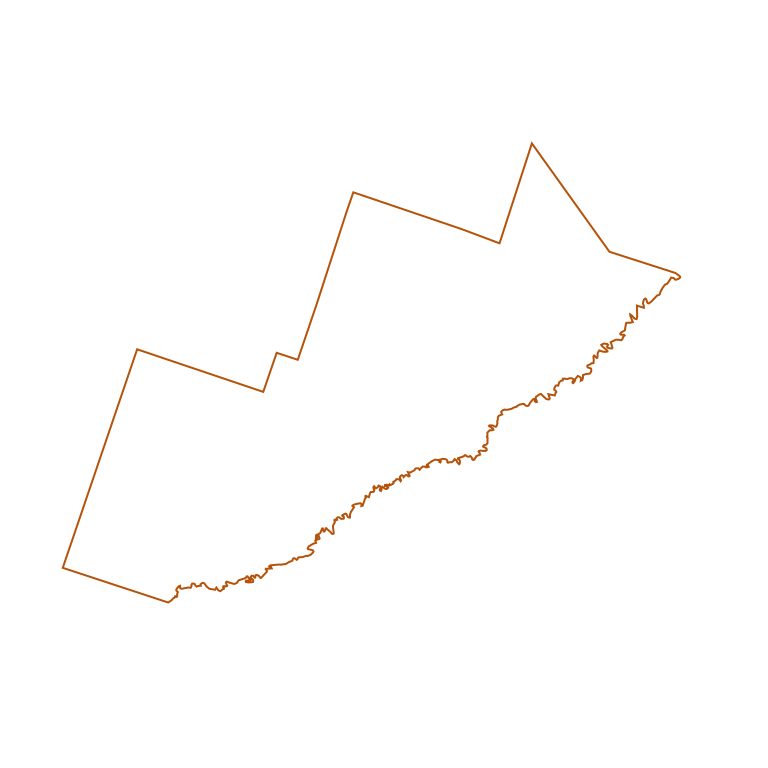 outline of General Güemes, Chaco, Argentina, rotated 108°
{"feature_id": "61730980B25522786884862", "entity_name": "General Güemes", "entity_type": "district", "adm_level": 2, "iso_a3": "ARG", "parent_name": "Argentina", "parent_adm1": "Chaco", "projection": "robinson", "projection_center": [-61.125, -25.104], "detail": "fine", "context": "isolated", "style": "outline", "palette": "amber", "viewbox_px": 768, "rotation_deg": 108, "n_neighbors": 0, "source": "geoboundaries", "source_scale": "gbopen_adm2", "svg_char_len": 6166}
<svg xmlns="http://www.w3.org/2000/svg" viewBox="0 0 768 768"><g transform="rotate(108 384 384)"><path d="M658.1,632.7L658.5,521.7L655.4,519.3L652.9,518.2L651.8,517.1L650.5,517.2L650.3,516.7L650.7,515.7L650.3,515.2L649.5,515.1L647.6,515.9L645.6,515.7L644.5,517.8L643.1,518.0L639.7,516.6L639.0,515.6L640.7,515.1L641.3,514.4L641.3,513.2L638.0,507.2L637.6,505.0L636.9,504.6L635.7,504.6L634.8,505.1L633.2,504.8L632.8,504.0L632.6,502.4L634.0,501.0L634.6,499.6L633.7,498.7L632.5,495.9L631.2,496.6L629.3,495.3L629.1,494.6L629.1,493.3L631.6,489.8L632.7,486.7L631.9,481.1L629.4,480.5L631.5,477.7L631.6,475.6L629.3,474.2L628.3,473.0L627.3,473.4L626.9,474.3L626.0,474.3L625.6,473.6L625.7,472.5L624.7,470.9L624.1,470.8L623.6,471.7L621.8,472.9L621.4,473.0L620.5,472.4L620.7,469.7L620.5,465.1L620.2,464.2L618.7,462.5L615.6,461.6L612.0,456.5L610.7,455.4L609.5,455.2L609.1,454.4L610.9,452.2L611.5,450.4L611.9,450.2L612.9,451.6L613.5,454.4L614.5,454.5L615.0,454.1L614.5,451.3L613.2,448.0L612.6,447.3L611.8,447.4L610.6,448.2L609.4,451.0L608.8,451.3L607.2,450.6L606.8,449.2L608.1,447.3L607.9,446.7L605.5,447.0L605.0,446.4L605.0,443.9L606.6,441.6L606.5,441.1L599.0,437.5L597.8,437.6L596.9,439.2L596.3,439.3L594.1,433.8L593.1,434.7L593.2,436.5L592.9,436.9L591.6,436.1L588.2,428.2L587.7,426.3L585.5,421.7L582.5,419.2L580.5,416.6L578.2,416.5L577.5,415.9L577.4,415.1L578.2,412.7L577.2,412.1L575.8,412.1L575.0,411.2L573.9,408.1L571.5,405.0L571.2,403.5L569.2,401.1L566.2,399.4L565.0,399.3L564.1,400.5L564.5,405.3L564.1,405.7L561.8,405.5L557.7,401.9L556.1,399.5L554.3,400.9L553.7,400.8L551.4,397.7L550.8,397.5L548.7,399.1L549.9,400.3L551.4,400.3L551.9,401.0L549.2,401.8L548.4,401.7L547.0,399.8L545.2,398.5L540.6,398.2L540.3,397.5L542.9,395.8L542.7,395.1L542.3,395.0L540.5,394.7L539.3,394.9L539.0,394.6L541.4,388.9L542.5,387.5L542.5,386.4L541.7,385.6L535.6,388.4L534.1,388.7L530.6,388.0L529.2,389.0L528.4,389.1L528.1,388.4L528.2,387.3L527.7,386.7L526.7,387.5L525.5,387.1L524.9,386.5L524.8,385.2L525.5,383.1L524.6,380.8L523.7,380.7L522.6,381.3L522.5,382.7L522.0,383.1L521.3,382.9L519.2,380.6L519.2,379.8L521.6,377.3L521.8,375.6L521.5,375.1L518.8,376.0L515.7,375.9L510.5,374.4L509.9,376.1L509.4,376.5L507.6,374.8L505.4,371.1L504.7,369.2L505.0,368.6L505.8,368.0L507.1,367.8L506.4,366.7L499.0,366.6L497.6,366.1L496.4,367.1L496.0,366.9L496.3,363.4L491.7,363.6L490.9,363.2L489.8,360.6L488.5,360.3L486.0,362.0L485.0,362.2L484.3,361.8L485.8,359.5L484.0,358.0L482.3,357.8L482.3,356.4L483.3,355.4L486.0,355.4L486.6,354.7L486.7,353.8L485.3,353.7L482.9,354.2L482.1,353.8L483.2,351.1L483.3,350.0L482.9,348.8L481.4,348.0L480.9,348.1L480.9,349.4L480.4,350.5L480.7,351.6L479.8,351.9L478.9,350.3L478.7,347.6L477.7,347.6L478.1,346.7L477.6,346.0L475.8,344.4L475.2,344.2L474.3,345.0L472.0,343.0L471.0,343.0L470.5,342.5L470.0,340.0L471.3,338.2L470.2,338.0L468.7,339.7L467.6,340.1L466.6,340.0L465.4,339.2L465.2,338.4L465.5,337.4L466.5,336.6L464.2,335.5L463.7,334.8L463.6,334.0L464.3,332.3L464.0,331.4L463.5,331.2L460.4,334.0L460.2,331.8L456.6,328.4L455.0,328.1L454.3,327.5L453.6,325.2L454.6,323.6L452.0,322.6L450.5,321.6L450.0,319.6L450.3,318.1L449.0,315.9L447.9,316.9L448.2,318.2L447.6,318.3L442.7,314.7L440.1,312.0L439.8,309.5L439.0,308.0L439.5,307.6L440.9,307.5L441.2,306.2L440.2,306.0L439.7,306.5L438.1,306.6L437.1,305.3L436.5,302.7L436.6,301.1L437.6,299.9L438.7,299.7L439.1,298.9L438.0,297.2L437.4,295.2L434.7,293.7L434.1,293.9L433.6,293.6L434.6,291.1L435.9,290.0L437.1,287.8L436.1,287.4L433.7,288.0L432.6,289.2L432.4,290.6L431.6,290.6L428.6,286.3L426.5,284.9L427.0,283.5L427.2,281.7L426.9,280.7L425.9,279.9L425.9,279.4L426.9,277.8L428.5,276.7L428.7,275.7L427.8,274.6L426.9,274.9L426.2,274.3L424.1,273.9L421.4,270.7L420.6,271.2L419.1,273.1L418.5,273.1L417.5,271.7L417.1,269.2L416.4,268.0L416.5,266.9L415.1,265.9L413.7,266.6L413.2,268.2L413.1,270.1L412.6,270.5L411.2,269.9L410.1,268.0L408.3,267.3L402.8,269.0L402.8,269.5L402.3,269.9L401.0,269.7L398.4,270.7L395.2,269.1L395.1,267.8L393.7,265.8L392.6,266.7L392.6,268.0L391.9,268.7L391.8,270.8L391.3,271.2L390.7,270.8L389.8,267.6L390.2,265.9L390.1,264.4L389.8,264.1L388.2,263.9L385.9,264.1L384.6,264.8L382.6,264.8L380.4,265.4L378.7,265.0L376.4,262.2L374.5,263.9L373.4,263.7L372.1,262.7L371.0,261.3L371.0,260.4L370.1,258.2L368.1,254.9L366.2,253.2L364.5,250.7L363.9,250.6L361.9,248.9L360.2,246.2L359.7,244.9L360.8,242.5L360.6,240.9L360.0,239.9L355.8,239.0L352.2,237.3L351.8,236.8L352.2,235.8L353.9,235.2L354.3,233.7L353.7,233.0L351.0,235.2L349.2,235.5L345.7,232.8L345.0,231.6L348.0,225.4L348.0,223.2L347.5,222.0L346.3,222.0L342.9,224.5L342.1,218.0L339.7,218.1L338.3,217.6L337.7,218.1L336.8,220.3L335.9,220.7L334.3,220.5L332.6,220.2L332.0,219.6L331.7,217.8L328.3,217.9L326.1,216.6L325.4,215.1L323.7,215.5L322.9,213.6L323.1,212.4L322.4,210.8L321.3,209.5L320.6,207.4L320.9,205.0L321.4,204.7L324.0,205.4L324.7,204.9L324.8,204.4L323.0,203.6L319.6,203.4L316.4,202.1L316.7,200.1L317.7,198.2L320.1,197.8L319.0,196.7L316.6,196.7L314.0,197.5L311.9,194.7L310.9,192.1L310.2,191.4L308.2,190.8L306.0,191.4L305.3,192.0L305.3,195.3L304.6,196.0L303.5,196.2L301.5,193.9L300.3,193.2L299.4,191.2L296.4,191.9L293.5,193.2L292.2,193.2L292.0,192.9L293.5,189.6L293.1,189.2L288.4,190.3L285.6,189.7L285.6,185.6L284.9,183.1L284.0,181.5L283.6,181.6L282.8,183.0L280.2,189.0L279.5,189.5L277.6,187.4L277.0,184.0L277.5,183.0L279.6,183.4L280.4,182.5L280.3,180.0L279.6,178.0L278.8,178.0L274.1,181.3L270.3,177.2L269.4,174.8L269.1,171.9L267.6,171.1L265.2,171.1L263.5,170.1L263.0,170.7L263.9,174.0L263.3,174.9L261.6,174.3L258.6,171.5L251.4,172.6L250.7,172.0L249.8,169.1L248.3,166.5L243.4,170.5L241.8,171.3L242.2,169.7L244.1,166.4L244.4,165.1L244.2,163.8L241.7,164.0L231.3,167.7L231.2,160.4L229.7,160.9L227.3,162.6L226.1,162.8L223.5,162.9L222.0,161.9L222.3,160.9L225.0,158.9L225.6,158.0L225.5,157.0L223.1,155.3L215.3,151.5L214.5,150.1L213.1,149.4L211.0,149.6L206.2,148.7L202.7,147.5L201.4,145.9L199.7,145.1L194.0,143.7L193.7,141.2L194.8,139.4L194.3,138.0L192.7,136.1L191.2,135.3L190.1,135.9L188.4,141.0L188.6,210.4L109.5,317.7L214.5,317.6L212.7,358.5L211.2,472.4L231.4,472.8L328.9,472.7L387.6,473.5L387.5,495.7L428.8,496.4L427.3,629.5L658.1,632.7Z" fill="none" stroke="#b45309" stroke-width="2"/></g></svg>